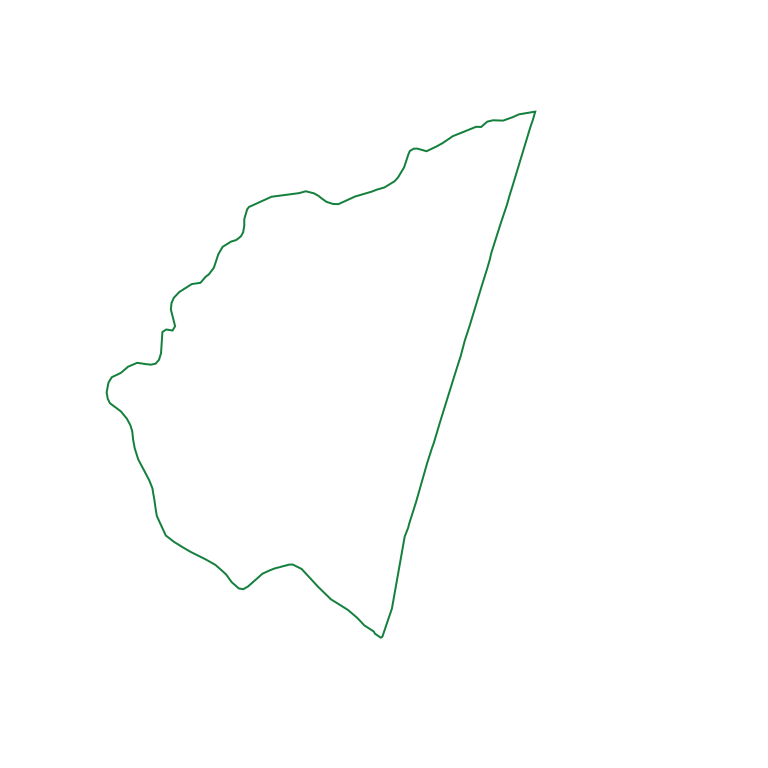 the district of San Jerónimo, Baja Verapaz, Guatemala, rotated 331°
{"feature_id": "79465075B29506691541664", "entity_name": "San Jerónimo", "entity_type": "district", "adm_level": 2, "iso_a3": "GTM", "parent_name": "Guatemala", "parent_adm1": "Baja Verapaz", "projection": "equal_earth", "projection_center": [-90.197, 15.052], "detail": "fine", "context": "isolated", "style": "outline", "palette": "green", "viewbox_px": 768, "rotation_deg": 331, "n_neighbors": 0, "source": "geoboundaries", "source_scale": "gbopen_adm2", "svg_char_len": 1834}
<svg xmlns="http://www.w3.org/2000/svg" viewBox="0 0 768 768"><g transform="rotate(331 384 384)"><path d="M638.3,228.7L641.6,225.8L648.3,219.1L632.8,213.6L625.8,213.0L615.9,211.4L607.2,206.2L601.5,204.6L593.6,206.3L589.3,203.7L564.4,200.6L552.1,201.7L544.7,201.7L534.0,201.0L527.2,194.2L524.0,192.6L519.6,192.7L516.4,195.2L506.7,204.2L496.5,210.1L491.6,211.8L479.7,212.3L471.7,210.5L466.0,209.7L449.6,206.0L431.3,204.6L426.7,201.8L422.0,196.8L419.6,191.8L417.9,187.7L415.3,183.4L409.0,177.5L402.3,175.9L376.4,165.7L351.7,163.7L349.0,164.9L341.7,172.1L338.6,177.7L334.4,183.0L330.6,185.4L327.7,186.0L324.4,186.4L319.3,185.3L309.3,185.8L301.9,190.3L291.6,199.8L284.0,203.2L280.1,203.7L272.5,206.5L264.3,203.4L249.6,204.3L241.9,206.7L237.4,210.2L233.7,215.5L229.3,232.2L225.0,234.7L220.0,230.8L215.4,231.1L203.9,249.0L199.0,253.7L194.1,255.5L189.5,254.1L185.7,251.4L183.1,249.4L178.3,245.8L168.5,244.8L159.2,246.7L149.2,246.1L143.7,249.2L137.3,256.9L135.2,263.1L135.0,268.0L140.6,280.4L142.3,289.8L142.2,296.9L140.9,303.3L137.6,311.0L134.8,319.4L132.5,330.7L132.0,354.4L130.9,362.9L129.3,367.3L127.1,373.8L125.5,377.9L123.4,383.4L121.3,389.4L119.7,410.7L123.8,420.3L129.2,429.9L133.6,437.3L142.9,450.8L148.8,460.4L151.7,468.4L153.6,474.1L154.7,483.5L157.9,492.4L161.3,495.2L166.7,495.2L185.8,491.0L193.6,491.6L198.9,492.3L213.5,496.0L216.7,497.7L222.3,505.9L228.0,529.3L230.4,537.3L233.2,546.6L242.8,563.9L247.2,575.5L249.8,585.7L255.1,595.6L255.0,597.9L258.2,604.3L260.1,604.2L282.1,584.2L328.2,527.4L335.5,521.4L338.3,518.4L355.1,502.5L383.5,474.0L395.2,463.0L399.0,459.7L414.1,444.9L449.0,411.5L460.6,400.5L464.1,397.3L475.7,385.2L482.2,379.2L488.7,373.1L515.8,346.8L531.3,332.0L537.3,326.0L541.2,321.6L563.2,300.8L578.7,286.6L585.2,280.0L593.8,271.8L635.8,231.0L638.3,228.7Z" fill="none" stroke="#15803d" stroke-width="2"/></g></svg>